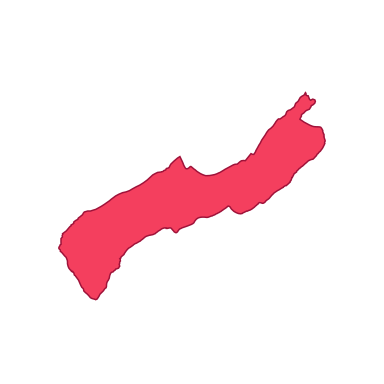 Parklai, Xaignabouri, Laos (Albers equal-area conic projection), rotated 28°
{"feature_id": "54806243B45153092091690", "entity_name": "Parklai", "entity_type": "district", "adm_level": 2, "iso_a3": "LAO", "parent_name": "Laos", "parent_adm1": "Xaignabouri", "projection": "albers", "projection_center": [101.569, 18.46], "detail": "fine", "context": "isolated", "style": "filled", "palette": "rose", "viewbox_px": 384, "rotation_deg": 28, "n_neighbors": 0, "source": "geoboundaries", "source_scale": "gbopen_adm2", "svg_char_len": 6033}
<svg xmlns="http://www.w3.org/2000/svg" viewBox="0 0 384 384"><g transform="rotate(28 192 192)"><path d="M162.9,293.7L162.9,292.3L163.0,291.4L161.6,289.9L161.7,289.2L161.1,287.8L160.9,287.5L161.2,286.6L160.7,285.8L160.5,285.6L160.3,285.5L160.1,284.8L159.7,284.6L160.0,284.4L160.1,284.1L160.1,283.7L159.9,283.5L160.0,282.9L159.9,282.5L160.7,280.5L161.3,279.0L161.1,278.4L161.2,277.8L161.5,275.0L161.7,274.2L161.7,273.8L162.4,271.3L163.0,270.5L163.6,269.4L164.9,266.8L165.2,265.8L165.9,264.5L167.0,263.2L168.4,260.9L169.3,259.7L169.8,258.2L170.4,257.1L171.6,254.0L172.4,252.6L174.5,250.4L177.1,248.3L178.0,247.4L178.4,246.7L179.1,246.0L179.2,245.4L180.1,243.6L180.6,242.3L181.7,240.6L182.5,238.8L183.7,237.4L185.1,236.2L185.7,236.1L186.1,236.3L186.3,236.1L186.4,235.8L186.6,235.6L186.8,235.6L187.1,235.9L188.0,235.2L188.2,234.9L188.5,234.7L189.1,234.2L189.9,233.8L190.7,233.8L191.1,233.9L191.9,234.3L194.4,235.2L194.8,235.5L196.5,235.6L196.8,235.5L197.3,235.2L197.5,235.0L198.0,233.6L197.9,232.9L198.3,231.0L198.5,230.4L198.7,230.1L199.0,229.9L199.9,228.5L200.9,227.4L203.7,224.4L206.7,220.9L207.6,219.5L208.1,218.3L208.1,216.5L208.5,214.3L208.9,213.3L209.7,211.9L210.4,211.2L211.8,210.0L213.0,209.3L214.7,208.4L217.2,207.4L218.4,206.4L220.2,204.3L221.1,203.6L221.7,202.6L222.5,201.8L223.2,200.8L223.6,199.9L224.4,199.1L224.8,198.3L225.5,197.5L226.0,196.5L226.6,195.7L227.2,194.3L227.6,193.7L227.8,193.1L229.0,190.9L229.8,189.3L230.2,188.0L230.6,187.4L231.5,187.2L232.6,187.3L234.1,188.2L234.9,188.6L235.4,188.7L238.0,189.4L238.4,189.4L238.9,189.5L239.9,189.4L240.6,189.5L243.1,189.2L245.2,188.4L245.7,188.0L246.1,187.6L246.5,187.3L246.5,187.0L246.9,186.4L248.6,184.1L249.2,183.2L250.0,182.8L250.7,181.7L251.6,180.9L252.9,178.9L254.2,176.1L254.7,174.4L255.2,173.5L255.4,172.5L255.9,171.7L256.0,171.3L255.9,170.8L256.4,169.8L257.2,169.4L258.2,169.1L259.2,169.0L259.9,168.7L260.5,168.1L261.2,166.7L261.3,166.2L261.4,165.4L261.5,165.0L262.0,163.8L262.7,162.5L263.1,161.6L264.0,157.2L264.3,156.6L264.3,156.4L264.7,155.2L264.9,154.3L266.6,151.1L267.1,150.2L267.8,149.3L269.3,146.6L270.4,145.0L270.3,144.6L271.2,143.0L271.9,142.1L272.3,142.0L272.3,141.8L272.7,140.9L273.7,138.0L274.0,137.2L273.7,136.8L273.7,136.2L273.8,135.7L274.0,135.5L273.7,133.6L273.4,132.6L273.6,132.6L273.8,132.2L273.7,131.8L273.7,130.6L273.7,129.2L273.6,128.7L273.5,128.3L274.0,127.4L274.0,126.9L274.3,126.5L274.8,125.5L274.9,125.2L274.7,124.7L274.7,124.2L275.4,122.2L275.6,120.9L276.0,120.6L276.2,119.8L276.5,119.3L276.6,119.0L276.6,118.5L277.5,117.2L277.6,116.6L277.9,116.0L278.0,115.5L278.2,115.1L278.5,114.1L279.2,112.5L280.2,109.5L280.7,109.1L281.0,108.7L281.2,108.2L281.6,107.9L282.4,107.0L283.4,106.3L283.8,105.0L284.0,104.5L284.3,103.1L284.8,101.5L284.7,99.9L285.2,99.0L285.6,96.9L286.1,95.9L286.3,94.8L286.3,94.3L286.6,92.9L286.7,91.3L286.6,87.9L286.5,87.5L286.5,86.8L286.3,86.7L286.1,86.6L285.7,85.5L285.6,85.1L285.7,84.6L285.0,83.6L284.4,83.2L284.0,82.7L282.9,81.7L282.7,81.1L282.2,80.8L281.9,79.7L281.6,79.4L281.3,79.0L280.9,79.0L279.8,77.9L279.1,77.3L278.9,77.0L278.7,76.5L278.4,76.1L277.8,75.8L276.7,75.0L275.2,74.4L273.7,74.8L271.1,76.1L269.0,77.0L267.9,77.3L266.6,77.5L264.4,77.7L258.2,77.7L254.0,77.2L253.2,77.2L253.0,76.4L253.0,73.6L252.4,72.6L252.7,71.4L253.6,69.8L254.3,67.1L255.2,65.7L256.8,63.8L257.0,60.8L256.8,59.7L257.8,58.4L258.7,56.1L258.4,54.1L257.2,53.0L255.0,53.3L253.6,55.3L252.3,55.0L251.1,54.0L249.4,52.5L248.7,52.8L247.4,53.0L247.0,52.6L246.8,52.1L246.3,51.4L246.0,51.2L245.5,51.0L245.5,53.4L245.1,54.4L244.2,55.6L243.2,57.7L243.1,62.1L241.9,65.1L242.4,68.7L240.4,73.1L238.7,74.8L238.0,76.6L238.1,77.8L238.4,79.6L238.1,81.2L237.1,82.7L236.4,84.4L235.4,86.2L234.0,86.9L233.5,88.4L233.1,90.5L233.0,92.5L232.6,95.9L231.7,98.7L230.5,101.2L230.0,104.2L229.9,107.2L229.2,113.4L229.3,117.1L229.1,119.0L229.1,121.7L229.0,125.3L229.2,127.1L228.9,129.8L227.5,130.4L226.1,130.4L225.8,131.9L224.4,139.3L222.7,140.0L220.9,141.3L220.0,143.1L218.9,146.1L216.9,147.4L215.7,148.7L210.5,156.5L209.2,158.8L207.3,161.9L206.7,162.5L205.3,164.4L203.8,166.0L201.5,167.9L199.8,169.2L197.3,170.7L196.3,171.2L194.7,171.5L192.9,171.7L190.6,171.8L186.8,171.5L184.2,170.9L183.1,170.8L179.9,170.1L179.0,170.0L178.4,170.6L178.2,171.5L177.4,173.2L176.4,174.0L175.6,174.2L174.5,173.8L172.1,172.2L171.0,171.2L169.3,169.8L164.7,166.4L163.3,168.8L161.6,173.1L160.2,177.4L160.2,179.8L160.3,181.1L159.5,182.3L158.4,183.2L158.3,183.7L158.4,184.8L158.1,185.2L157.6,185.7L157.1,186.3L156.8,187.3L156.5,187.7L155.4,188.6L155.3,188.9L152.5,190.8L150.8,193.1L149.3,195.4L146.9,202.3L144.9,206.5L142.6,210.5L140.3,213.6L138.0,217.1L136.2,220.1L133.7,222.9L131.0,225.2L128.4,228.4L126.4,231.4L124.1,236.3L123.3,238.4L120.4,244.1L118.6,247.3L115.2,252.5L111.1,256.6L108.9,257.7L106.3,260.2L106.0,261.6L106.0,263.6L105.7,264.1L104.7,266.6L104.0,268.0L103.8,268.8L104.0,269.3L104.0,269.8L102.7,271.7L101.9,273.4L101.7,274.2L102.0,274.7L102.2,274.9L102.2,275.3L101.8,276.2L100.8,277.8L100.7,278.0L101.1,278.5L100.5,279.8L100.2,281.0L99.3,285.3L97.3,289.6L97.8,290.0L97.8,291.1L97.9,291.6L98.7,292.5L98.7,292.8L98.3,294.0L98.2,294.6L99.7,297.5L100.9,299.6L100.8,300.0L100.5,300.3L100.4,300.5L100.6,301.4L100.5,302.4L100.5,303.4L101.1,304.5L101.7,304.7L102.6,304.8L103.2,305.5L103.6,306.0L103.7,306.3L104.5,306.3L105.6,306.6L109.5,308.2L111.6,308.8L114.1,311.0L115.0,312.4L115.8,313.9L117.7,316.0L119.3,317.2L121.3,318.0L121.4,317.9L122.1,318.1L122.8,318.7L123.8,318.1L124.0,318.2L123.9,318.5L124.0,318.7L124.4,318.7L124.7,318.5L125.1,318.6L125.3,318.8L126.0,319.2L126.3,319.7L127.2,320.6L128.0,320.6L133.2,323.1L137.2,326.3L139.3,327.8L141.5,328.4L143.0,330.2L145.3,330.9L147.0,331.2L149.3,331.9L151.9,333.0L153.6,333.0L156.8,332.3L157.5,332.3L158.5,331.0L158.8,327.8L158.7,325.5L159.9,321.7L160.2,320.6L160.3,318.9L160.7,317.5L161.1,316.9L160.8,315.5L160.0,313.9L159.4,312.2L159.3,310.6L159.5,309.0L159.4,307.0L158.6,304.5L158.3,302.2L158.6,300.8L159.9,299.4L160.2,297.9L160.8,297.0L160.8,295.9L161.4,295.4L162.9,293.7Z" fill="#f43f5e" stroke="#9f1239" stroke-width="1.5"/></g></svg>